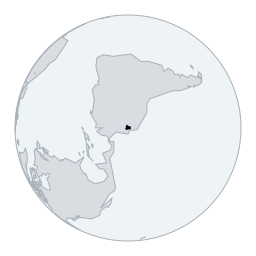 globe centered on Morona Santiago, rotated 241°
{"feature_id": "ECU-1285", "entity_name": "Morona Santiago", "entity_type": "Province", "adm_level": 1, "iso_a3": "ECU", "parent_name": "Ecuador", "parent_adm1": "", "projection": "orthographic", "projection_center": [-78.23, -2.513], "detail": "coarse", "context": "on_globe", "style": "filled", "palette": "ink", "viewbox_px": 256, "rotation_deg": 241, "n_neighbors": 0, "source": "natural_earth", "source_scale": "10m", "svg_char_len": 6954}
<svg xmlns="http://www.w3.org/2000/svg" viewBox="0 0 256 256"><g transform="rotate(241 128 128)"><circle cx="128" cy="128" r="113" fill="#eef3f6" stroke="#a8b0b8"/><path d="M62.6,36.3L68.6,32.5L71.0,31.1L69.8,31.6L71.9,30.3L72.3,30.1L77.0,27.6L78.6,26.8L80.4,25.9L79.9,26.1L82.5,24.9L83.3,24.6L90.1,21.9L92.7,21.1L93.5,22.1L99.2,20.9L105.9,22.5L107.5,21.6L111.1,22.2L114.3,21.5L114.6,22.4L116.9,21.2L116.0,20.6L116.7,20.0L118.5,19.6L119.2,20.5L118.4,20.8L119.6,20.9L119.2,21.5L120.4,21.0L121.1,22.4L123.1,20.6L125.9,21.4L125.6,22.4L122.1,22.8L112.9,27.4L111.5,29.2L113.1,30.9L123.5,32.8L123.4,34.9L125.9,37.2L127.6,35.6L126.2,33.3L129.8,31.4L127.7,29.2L128.9,28.2L128.1,26.1L132.0,26.0L136.2,27.2L137.0,29.1L138.9,29.8L141.2,27.8L145.7,31.7L153.8,35.1L154.5,36.3L150.5,38.5L142.8,38.4L137.6,42.6L144.8,39.6L146.5,43.4L148.4,44.1L150.5,43.9L151.4,42.5L152.8,43.9L146.2,47.0L144.8,45.7L146.9,44.6L143.3,44.8L138.9,47.5L140.1,49.6L132.1,52.6L132.9,54.2L131.6,56.0L130.9,53.1L132.0,58.6L122.8,65.1L124.2,75.6L118.7,67.6L114.2,66.8L108.8,67.3L108.9,68.9L101.7,68.1L95.2,72.1L93.0,80.7L95.6,87.2L103.7,87.0L106.0,83.2L111.9,82.1L107.9,92.5L118.2,93.6L117.3,101.5L120.3,105.5L125.4,104.3L130.7,106.2L134.4,101.5L140.4,99.0L140.7,105.4L143.9,99.5L147.3,102.6L159.2,102.4L158.3,103.9L168.3,111.7L178.8,115.4L181.3,120.2L180.1,123.2L183.7,124.2L183.7,126.1L197.6,129.8L204.5,135.1L204.0,142.0L197.9,149.7L191.3,166.4L180.0,171.5L176.4,178.2L166.4,187.9L159.7,186.9L160.9,191.9L156.6,194.7L152.0,194.9L150.7,198.3L147.3,198.3L149.2,200.6L143.0,204.9L143.9,208.6L139.3,212.0L140.0,214.1L138.5,214.0L136.7,214.8L136.4,216.0L131.9,214.0L131.4,209.2L133.5,206.9L131.5,206.4L136.0,200.2L133.6,201.5L135.3,192.0L139.2,184.2L142.9,161.4L140.7,156.9L132.2,151.7L122.1,135.1L125.0,128.3L122.7,125.1L130.2,115.5L128.1,106.8L125.4,105.6L122.8,109.0L113.7,103.8L110.4,97.4L82.3,88.4L79.5,85.5L79.6,80.4L71.0,65.3L74.4,79.8L70.9,77.2L68.2,72.2L69.9,70.7L68.5,63.4L65.5,61.1L66.0,52.6L73.6,41.9L74.4,43.2L76.1,40.8L75.2,39.1L74.1,38.7L78.8,31.0L76.9,28.8L72.6,30.7L76.4,28.6L65.9,34.2L62.6,36.3L62.6,36.3ZM24.0,90.5L24.8,88.0L24.7,89.3L24.0,90.5ZM25.0,86.7L24.8,87.5L24.9,86.9L25.0,86.7ZM24.9,86.4L25.0,86.6L24.8,86.6L24.9,86.4ZM24.7,86.3L24.9,86.2L24.8,86.3L24.7,86.3ZM123.7,79.3L135.5,84.4L128.9,85.1L130.1,84.1L127.1,82.0L121.5,80.1L115.7,81.5L123.7,79.3ZM24.7,85.4L24.7,85.1L25.0,84.7L24.7,85.4ZM128.7,73.2L126.7,72.9L128.7,72.8L128.7,73.2ZM73.3,38.8L74.9,39.3L75.0,41.4L73.4,41.1L73.3,38.8ZM73.6,35.5L74.9,35.1L72.9,37.3L72.7,36.8L73.6,35.5ZM69.1,32.5L70.0,32.3L68.4,33.0L69.1,32.5ZM126.0,26.3L127.0,26.2L126.7,26.6L126.0,26.3ZM124.7,25.6L123.6,26.2L122.8,26.0L123.5,25.6L124.7,25.6ZM126.4,24.9L121.5,25.5L120.2,25.1L121.8,23.4L126.4,24.9ZM114.9,20.6L116.0,21.2L113.4,21.0L114.9,20.6ZM113.1,20.7L104.3,21.8L103.7,21.0L106.7,20.6L104.5,20.1L108.6,19.1L110.7,19.2L110.3,19.8L112.1,19.0L113.1,20.7ZM116.8,19.7L115.0,19.9L114.3,19.2L117.7,18.7L116.8,19.0L116.8,19.7ZM102.0,20.5L102.1,20.0L105.3,19.0L105.8,18.8L108.6,19.0L102.0,20.5ZM117.9,19.0L119.4,18.5L121.3,18.6L118.4,19.5L117.9,19.0ZM112.8,19.2L112.6,18.9L113.8,18.9L112.8,19.2ZM129.1,19.0L127.1,19.0L126.6,18.6L129.1,19.0ZM119.8,18.3L119.1,18.2L118.7,18.1L120.0,17.8L119.8,18.3ZM110.7,18.4L112.1,18.2L109.7,18.2L112.1,17.7L113.5,18.0L113.9,17.6L114.6,17.5L115.0,18.0L110.7,18.4ZM120.1,17.2L122.7,17.8L126.6,17.7L127.2,18.1L120.8,18.1L120.1,17.2ZM117.0,17.6L119.0,17.4L118.8,17.8L117.2,18.2L117.0,17.6ZM113.2,17.2L109.2,18.0L109.0,17.9L113.2,17.2ZM121.2,17.1L120.6,17.0L121.6,17.1L121.2,17.1ZM115.7,17.1L114.3,17.3L114.2,17.2L115.7,17.1ZM120.4,16.7L121.3,16.8L120.3,17.0L120.4,16.7ZM118.3,16.8L118.4,16.6L119.4,17.0L117.7,16.9L118.3,16.8ZM115.8,16.9L115.2,16.9L116.4,16.9L115.8,16.9ZM123.8,16.0L125.2,16.5L123.0,16.9L121.9,16.3L123.8,16.0ZM139.1,218.1L132.2,214.7L136.2,216.3L139.4,214.5L142.8,217.1L139.1,218.1ZM148.4,213.6L151.8,212.7L152.5,213.3L150.3,214.1L148.4,213.6ZM208.8,49.5L208.4,49.1L209.3,50.6L215.7,59.8L215.1,60.8L212.3,59.1L204.8,49.9L206.9,49.0L204.2,46.3L199.4,42.6L200.4,42.8L198.7,41.3L199.0,41.1L195.1,37.7L194.8,37.3L193.2,36.1L201.3,42.5L208.8,49.5ZM185.9,31.4L186.4,31.7L180.6,28.4L178.4,27.3L185.9,31.4ZM233.9,166.3L235.9,160.3L236.9,156.9L233.9,166.3ZM239.9,141.0L240.5,129.9L240.4,121.8L240.1,118.4L239.7,119.1L239.0,115.1L238.6,115.0L233.7,117.8L230.6,112.6L222.9,97.0L222.6,90.8L219.6,83.8L215.1,61.0L217.4,62.2L217.5,59.6L222.6,66.8L227.0,74.2L230.8,82.0L234.0,90.0L236.6,98.2L238.6,106.6L239.9,115.1L240.6,123.7L240.6,132.4L239.9,141.0ZM220.5,72.2L221.5,74.2L220.5,72.2ZM159.5,102.3L161.0,103.6L159.1,103.6L159.5,102.3ZM128.0,87.7L130.5,87.8L131.8,88.7L129.9,89.1L128.0,87.7ZM148.6,87.7L151.4,88.2L148.5,88.7L148.6,87.7ZM137.3,85.0L146.4,87.5L140.8,89.3L135.0,87.9L139.0,87.3L137.3,85.0ZM127.7,76.7L129.2,77.1L128.8,78.2L127.7,76.7ZM130.2,73.2L129.6,73.3L128.8,72.4L130.2,73.2ZM146.9,43.2L147.5,43.0L149.7,43.2L148.7,43.8L146.9,43.2ZM158.9,40.7L160.9,43.1L158.8,41.7L157.9,42.7L152.4,41.4L154.6,36.9L154.6,39.1L158.9,40.7ZM145.6,38.8L148.9,39.8L145.2,38.9L145.6,38.8ZM188.8,34.7L190.3,35.5L192.3,37.0L192.7,38.4L189.8,36.0L188.8,34.7ZM192.1,36.2L185.2,32.0L184.7,31.3L186.1,32.3L186.5,32.3L188.9,34.0L195.1,37.9L197.3,39.6L196.8,40.6L195.8,39.2L194.3,38.4L192.1,36.2ZM168.6,25.3L165.6,24.3L168.3,24.0L170.8,25.0L171.3,26.2L168.7,25.7L168.6,25.3ZM130.3,22.2L129.0,22.4L128.7,22.1L129.7,21.6L130.3,22.2ZM128.2,19.1L135.8,21.1L134.7,21.4L140.5,22.7L139.8,24.0L136.0,23.0L139.8,25.2L136.2,24.9L139.1,26.4L130.9,24.2L127.7,24.2L131.5,23.6L132.2,22.3L131.6,21.8L127.5,20.5L121.1,20.4L120.9,19.4L122.4,18.7L123.8,18.6L123.6,19.2L125.8,18.6L126.5,19.4L128.2,19.1ZM140.0,16.0L139.1,16.0L143.6,16.5L144.3,16.7L144.8,16.7L146.7,17.1L149.9,17.8L149.7,17.9L151.0,18.1L152.4,18.5L154.1,19.0L154.4,19.4L156.5,20.0L155.5,19.9L159.1,20.9L156.5,20.4L158.0,21.1L159.7,21.2L157.1,24.0L158.0,26.2L160.1,28.4L155.4,27.6L150.4,25.2L145.9,22.5L145.8,20.8L143.7,20.9L143.0,20.2L144.9,20.4L141.5,19.8L141.4,19.3L137.5,17.9L132.6,17.6L131.0,17.2L132.9,17.1L130.0,16.9L132.5,16.5L131.4,16.3L132.8,15.9L137.1,16.1L135.5,15.9L136.5,15.8L140.0,16.0ZM124.3,15.9L129.2,15.7L132.1,15.8L128.5,16.5L129.1,16.7L126.9,17.5L122.9,17.5L123.9,17.2L123.9,16.9L125.1,17.1L124.2,16.8L125.5,16.5L125.1,16.3L126.8,16.2L124.3,15.9ZM212.9,54.0L212.7,53.7L215.3,56.8L215.2,56.7L212.9,54.0ZM210.3,51.1L212.4,53.4L211.2,52.1L210.3,51.1Z" fill="#d9dde1" stroke="#a8b0b8" stroke-width="1"/><path d="M131.1,128.1L128.7,128.9L128.1,129.7L128.1,129.9L128.0,130.0L127.9,129.8L127.8,129.7L127.7,129.8L127.7,130.0L127.2,130.0L126.8,130.0L126.7,129.8L126.8,129.7L126.6,129.6L127.1,129.1L127.3,128.6L127.3,128.4L127.6,128.2L127.4,128.2L127.5,128.0L127.5,127.7L127.3,127.6L127.5,127.4L127.5,127.2L127.5,126.9L127.6,126.7L127.6,126.4L127.7,126.2L127.9,126.0L128.2,125.9L128.3,126.0L128.4,126.3L128.6,126.3L128.8,126.8L129.0,127.0L129.7,127.3L130.2,127.6L130.4,128.0L131.0,128.1L131.1,128.1Z" fill="#0f172a" stroke="#020617" stroke-width="1.5"/></g></svg>